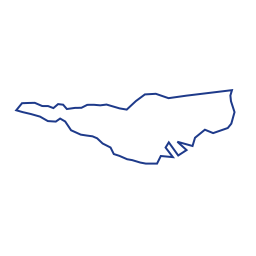 Esteio, Rio Grande do Sul, Brazil, rotated 172°
{"feature_id": "56859067B79685081913464", "entity_name": "Esteio", "entity_type": "district", "adm_level": 2, "iso_a3": "BRA", "parent_name": "Brazil", "parent_adm1": "Rio Grande do Sul", "projection": "orthographic", "projection_center": [-51.16, -29.85], "detail": "fine", "context": "isolated", "style": "outline", "palette": "blue", "viewbox_px": 256, "rotation_deg": 172, "n_neighbors": 0, "source": "geoboundaries", "source_scale": "gbopen_adm2", "svg_char_len": 881}
<svg xmlns="http://www.w3.org/2000/svg" viewBox="0 0 256 256"><g transform="rotate(172 128 128)"><path d="M236.2,161.1L230.1,158.4L222.1,155.3L213.5,151.5L206.4,146.0L198.6,144.4L193.9,146.8L189.3,143.2L184.7,133.7L175.7,128.0L170.0,126.3L164.3,124.7L160.0,122.1L155.3,116.2L148.0,111.1L145.7,104.2L140.4,101.6L133.2,97.2L128.3,95.6L120.7,92.1L115.4,90.3L104.2,88.7L99.4,95.7L87.6,92.9L93.5,103.4L89.6,108.1L82.1,93.8L73.1,98.0L81.0,107.5L66.6,101.2L63.0,109.0L52.1,115.6L44.4,111.1L29.2,114.1L25.1,117.9L20.3,128.9L22.3,140.2L22.1,145.9L19.8,151.0L65.6,151.9L83.7,151.9L95.7,158.0L106.6,158.9L116.4,153.6L126.7,146.4L133.6,148.6L146.0,154.2L152.3,154.3L158.4,155.7L165.1,156.6L171.3,154.5L177.8,155.3L185.9,155.3L189.0,160.1L193.9,161.4L199.1,158.1L204.0,160.8L209.9,161.7L216.8,165.9L223.6,166.7L229.5,167.3L236.2,161.1Z" fill="none" stroke="#1e3a8a" stroke-width="2"/></g></svg>